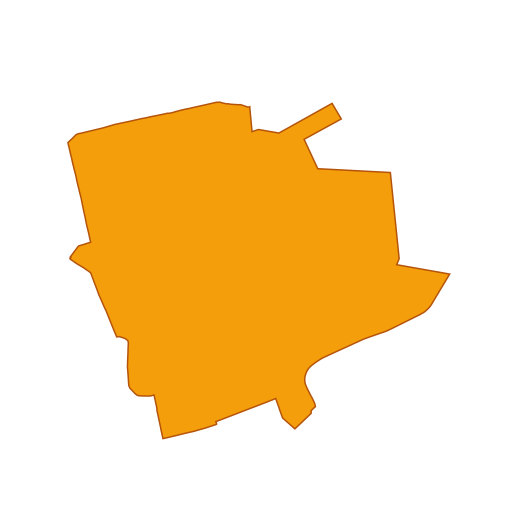 outline of Fantanele, Constanta, Romania, rotated 340°
{"feature_id": "2599482B37422610029163", "entity_name": "Fantanele", "entity_type": "district", "adm_level": 2, "iso_a3": "ROU", "parent_name": "Romania", "parent_adm1": "Constanta", "projection": "natural_earth1", "projection_center": [28.558, 44.619], "detail": "fine", "context": "isolated", "style": "filled", "palette": "amber", "viewbox_px": 512, "rotation_deg": 340, "n_neighbors": 0, "source": "geoboundaries", "source_scale": "gbopen_adm2", "svg_char_len": 3798}
<svg xmlns="http://www.w3.org/2000/svg" viewBox="0 0 512 512"><g transform="rotate(340 256 256)"><path d="M271.1,97.9L270.6,97.9L258.6,96.4L257.1,96.2L250.3,95.3L246.1,94.8L244.5,94.6L243.0,94.4L240.8,94.0L236.0,93.4L233.9,93.2L232.9,93.1L229.1,92.8L226.9,92.7L224.5,92.4L222.3,91.9L221.9,91.6L221.6,91.6L215.9,90.8L210.3,90.0L208.4,89.7L205.5,89.2L202.2,88.8L199.0,88.4L196.4,87.9L182.5,86.1L175.5,85.1L168.4,84.1L165.5,83.9L162.1,83.7L157.7,83.4L157.1,83.4L156.4,83.3L156.1,83.3L155.8,83.3L155.1,83.2L148.0,82.4L133.2,80.7L130.8,80.3L129.2,80.3L127.9,80.7L123.2,82.9L121.6,83.6L118.4,84.9L118.1,85.1L117.9,85.9L117.7,87.3L117.6,88.8L116.9,94.3L116.5,97.8L116.2,100.8L115.8,103.7L115.4,106.5L115.2,108.8L115.2,109.0L114.8,111.9L114.7,113.7L114.5,115.5L114.3,117.5L114.1,119.5L113.7,121.9L113.4,123.7L113.1,126.4L112.8,129.0L112.6,131.2L112.3,134.0L112.2,134.1L112.1,135.0L111.8,138.3L111.5,141.5L110.7,146.6L110.1,150.7L109.5,154.8L109.1,157.8L108.9,159.1L108.8,160.3L107.9,165.8L107.2,171.3L106.5,177.7L105.6,184.1L105.5,184.9L105.4,185.7L105.4,186.5L103.8,186.5L103.2,186.4L101.5,186.3L98.2,186.2L93.1,185.9L92.1,186.2L88.6,188.5L81.1,193.4L81.6,194.0L80.2,194.9L80.4,195.2L80.7,195.9L85.0,202.0L89.1,207.0L90.2,208.4L91.0,209.6L92.6,211.8L94.9,215.2L95.0,226.8L95.1,232.6L95.1,238.3L95.0,238.5L95.2,240.2L95.9,251.1L96.1,254.1L96.2,254.4L96.3,254.8L96.4,257.1L96.9,272.4L97.1,278.2L97.3,281.2L97.4,284.4L99.5,284.8L101.5,286.1L104.8,288.8L105.6,290.1L106.5,291.3L106.6,292.5L106.2,294.3L104.3,298.8L102.5,303.4L99.8,309.9L97.2,316.4L95.9,321.3L94.2,327.1L92.5,332.9L92.2,334.1L92.2,336.0L92.3,337.1L93.4,339.6L95.4,344.2L96.5,345.9L97.2,346.5L97.5,346.8L97.9,347.1L98.3,347.3L99.1,347.7L102.0,348.9L105.2,350.1L107.1,350.8L108.6,351.3L109.5,351.5L112.4,351.7L112.5,351.7L112.4,353.3L112.1,355.6L111.8,358.0L111.7,358.4L111.5,359.9L111.2,362.5L111.0,363.6L110.8,364.7L110.6,365.9L110.5,366.1L110.2,366.8L110.1,367.2L109.4,372.4L108.7,377.3L107.8,383.8L107.3,386.7L106.1,395.8L110.0,396.3L122.4,397.7L124.1,397.9L126.1,398.1L129.8,398.5L132.9,398.9L135.9,399.3L136.1,399.3L136.5,399.4L137.5,399.5L141.9,399.8L148.7,400.3L150.9,400.4L160.6,400.7L161.6,400.5L161.6,399.2L161.6,397.9L161.8,397.9L162.9,397.9L201.6,397.2L213.7,397.0L225.8,396.7L225.8,396.8L225.7,401.5L225.7,406.2L225.6,409.1L225.6,417.3L226.8,419.5L233.4,431.7L240.7,428.6L254.0,422.7L254.9,420.3L255.1,420.0L255.3,420.0L259.4,418.2L260.3,417.9L260.6,415.8L260.7,414.6L260.6,412.5L260.4,410.8L260.1,407.8L260.0,407.6L259.7,405.6L259.6,404.9L258.8,398.0L258.7,396.6L258.6,395.2L258.6,392.5L259.0,390.5L259.6,388.6L259.9,387.9L260.2,387.1L261.6,384.9L263.2,382.9L264.4,381.7L265.1,381.1L265.9,380.4L267.8,379.2L269.5,378.4L272.2,377.4L275.9,376.3L280.6,375.2L283.6,374.6L285.5,374.4L287.4,374.3L289.6,374.1L291.7,373.9L292.5,373.9L295.2,373.6L296.3,373.5L300.3,373.2L304.2,372.9L316.4,371.9L328.7,370.9L330.8,370.9L340.3,371.0L352.0,371.2L353.0,371.2L355.1,371.0L359.9,370.5L372.4,369.1L385.4,367.6L385.5,367.6L389.7,367.2L392.5,366.7L394.4,366.4L397.1,365.5L398.5,364.9L399.1,364.6L399.8,364.3L401.4,363.5L403.5,362.2L406.1,360.1L407.9,358.6L415.3,352.6L425.8,344.1L431.8,339.2L431.6,339.1L385.2,312.3L389.6,307.5L410.8,223.5L343.9,195.1L341.1,162.8L383.0,156.4L379.7,138.6L319.6,148.3L301.6,138.0L294.8,137.8L299.9,118.3L301.0,114.1L301.2,113.6L300.5,113.6L300.3,113.6L299.6,113.4L298.9,113.0L298.8,112.9L298.2,112.5L297.4,111.8L294.3,109.3L293.4,108.6L293.0,108.4L292.0,108.1L290.9,107.7L290.3,107.5L288.7,106.7L287.7,106.3L286.8,106.0L285.8,105.4L285.1,105.1L284.5,104.9L283.9,104.6L282.5,103.8L282.0,103.4L281.5,103.3L280.8,103.1L280.3,102.9L278.9,102.0L277.4,101.1L275.7,99.8L275.1,99.5L274.6,99.1L274.1,98.8L273.4,98.7L272.9,98.6L272.4,98.5L272.1,98.3L271.1,97.9Z" fill="#f59e0b" stroke="#b45309" stroke-width="1.5"/></g></svg>